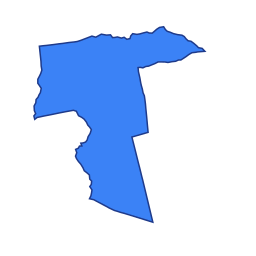 the district of Criciúma, Santa Catarina, Brazil, rotated 349°
{"feature_id": "56859067B24014053449372", "entity_name": "Criciúma", "entity_type": "district", "adm_level": 2, "iso_a3": "BRA", "parent_name": "Brazil", "parent_adm1": "Santa Catarina", "projection": "orthographic", "projection_center": [-49.374, -28.744], "detail": "fine", "context": "isolated", "style": "filled", "palette": "blue", "viewbox_px": 256, "rotation_deg": 349, "n_neighbors": 0, "source": "geoboundaries", "source_scale": "gbopen_adm2", "svg_char_len": 2010}
<svg xmlns="http://www.w3.org/2000/svg" viewBox="0 0 256 256"><g transform="rotate(349 128 128)"><path d="M134.4,225.2L132.5,182.0L132.2,177.1L132.0,172.6L131.8,168.7L131.5,164.0L130.8,150.4L130.1,137.6L146.9,136.1L147.6,128.9L148.5,120.1L149.2,112.5L149.7,107.9L150.0,103.5L150.2,99.5L149.5,96.3L149.5,92.5L149.2,89.0L149.1,86.4L149.2,81.1L149.1,77.6L149.0,74.8L149.4,70.6L151.6,70.8L154.1,71.8L157.2,71.0L160.0,71.2L163.0,70.6L166.7,69.9L170.1,68.9L173.8,69.6L177.0,70.3L179.7,71.3L183.8,71.3L187.5,71.6L190.5,70.9L192.9,71.3L198.6,69.0L201.7,67.5L205.1,66.3L208.7,66.6L211.0,66.6L218.1,67.4L216.0,64.0L212.5,62.6L211.1,60.4L208.7,57.4L206.4,54.9L203.6,53.8L201.9,51.4L200.7,49.0L198.7,47.2L194.5,45.8L190.6,44.0L187.6,42.0L185.0,40.6L183.5,38.5L182.3,35.4L178.1,35.3L174.9,36.6L172.4,38.1L169.9,39.5L167.0,38.8L164.9,37.4L161.0,37.6L157.6,37.9L154.6,37.8L150.6,36.3L148.2,38.2L147.0,40.6L143.8,40.7L141.5,38.2L138.7,38.5L135.0,36.6L132.4,36.6L130.1,36.3L128.6,33.2L124.6,32.7L122.0,31.7L119.7,30.8L117.2,31.6L113.7,32.7L110.1,30.9L98.2,33.0L94.8,33.4L91.9,33.3L86.1,32.8L79.8,32.5L76.2,32.2L71.0,31.9L63.9,31.4L60.9,31.1L56.6,30.8L55.3,45.9L54.6,50.6L54.5,54.7L52.7,57.9L50.9,60.3L48.8,62.9L48.0,66.9L49.1,69.3L50.4,72.5L48.7,76.6L46.9,78.6L45.6,80.6L43.2,82.5L42.3,85.7L40.0,88.5L39.4,93.1L40.1,96.3L37.9,98.2L38.1,101.7L40.9,100.3L43.9,100.3L47.3,100.2L49.8,100.2L52.1,100.2L54.8,100.2L62.9,100.1L67.0,100.1L70.0,100.1L77.8,100.2L80.5,101.7L81.8,106.5L84.6,108.7L86.6,110.9L88.3,114.3L89.1,117.5L90.5,119.8L91.7,122.6L89.8,126.1L87.2,128.9L85.6,132.0L83.7,133.7L81.1,134.1L78.8,133.9L79.3,136.8L76.9,136.5L75.3,138.4L72.5,139.0L73.0,142.5L71.1,145.6L71.6,148.2L73.0,151.5L74.7,154.4L76.2,158.4L76.9,161.6L79.1,164.1L81.1,166.7L80.7,170.9L82.2,173.1L81.2,176.4L79.3,178.2L80.8,181.9L79.8,184.8L78.7,187.4L76.7,190.1L80.8,191.9L83.3,194.0L90.5,199.8L92.4,201.3L94.1,202.8L99.0,206.4L101.4,207.6L104.6,209.4L108.3,211.2L131.4,223.6L134.4,225.2Z" fill="#3b82f6" stroke="#1e3a8a" stroke-width="1.5"/></g></svg>